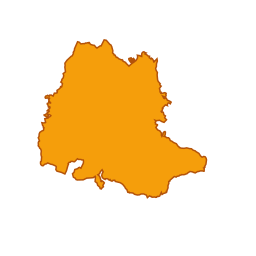 the district of Feldru, Bistrita-Nasaud, Romania, rotated 119°
{"feature_id": "2599482B57899759192665", "entity_name": "Feldru", "entity_type": "district", "adm_level": 2, "iso_a3": "ROU", "parent_name": "Romania", "parent_adm1": "Bistrita-Nasaud", "projection": "robinson", "projection_center": [24.581, 47.301], "detail": "fine", "context": "isolated", "style": "filled", "palette": "amber", "viewbox_px": 256, "rotation_deg": 119, "n_neighbors": 0, "source": "geoboundaries", "source_scale": "gbopen_adm2", "svg_char_len": 5903}
<svg xmlns="http://www.w3.org/2000/svg" viewBox="0 0 256 256"><g transform="rotate(119 128 128)"><path d="M180.0,201.8L182.2,199.1L182.5,199.1L183.1,199.6L184.5,199.3L186.0,198.3L187.1,197.9L187.7,196.3L188.4,195.6L188.8,194.1L190.1,192.7L193.0,191.5L194.5,190.3L195.0,189.6L198.5,188.0L199.3,187.8L199.9,188.1L201.2,187.5L202.2,186.6L202.5,185.7L202.6,184.8L202.0,183.8L201.1,183.7L199.7,183.0L199.0,182.1L197.5,181.3L197.1,177.8L196.6,176.6L196.3,172.9L196.6,172.0L199.4,170.9L200.2,169.2L199.1,164.8L198.8,160.9L195.2,161.1L189.9,162.4L188.5,162.5L188.2,163.1L186.7,162.9L185.9,161.9L185.0,161.8L184.1,160.4L183.7,158.7L183.2,158.3L179.4,157.3L179.5,156.1L178.3,153.8L178.4,153.2L177.7,151.6L178.3,151.0L180.4,150.0L186.0,149.7L185.9,151.3L186.8,152.1L187.8,152.2L190.1,154.4L193.0,153.7L194.9,154.4L197.5,151.9L197.5,149.8L198.3,148.4L198.0,147.1L195.0,142.0L191.9,139.8L188.3,134.3L186.1,133.3L186.4,132.8L190.8,130.8L191.2,128.3L192.8,126.8L193.5,123.9L194.5,123.0L194.3,121.8L192.7,121.6L191.3,121.0L190.4,122.1L187.5,122.1L187.0,123.2L186.8,125.1L187.8,125.4L187.7,125.9L187.3,125.9L184.5,128.8L184.0,129.5L183.5,131.7L181.8,130.7L179.7,131.0L177.1,130.4L178.4,128.5L180.3,128.5L182.4,127.9L183.8,126.4L184.2,124.5L184.0,123.1L183.4,123.3L182.4,121.6L182.3,118.9L181.8,118.6L182.1,118.1L182.5,118.5L182.3,116.4L181.8,115.8L181.1,115.8L180.1,114.3L180.9,113.2L179.6,108.3L179.8,105.4L181.1,102.2L182.1,100.8L182.4,99.2L184.3,97.0L183.6,95.9L184.1,95.4L183.3,94.2L182.5,92.2L182.8,90.1L182.1,87.4L180.9,85.6L179.4,84.6L178.1,82.4L177.8,79.3L179.5,77.3L176.9,76.3L176.9,74.7L176.6,74.3L176.9,73.9L176.7,73.1L175.4,71.2L175.3,70.3L174.7,69.4L174.2,69.5L173.3,68.8L173.0,67.9L172.0,67.3L168.2,67.6L169.6,66.0L167.9,65.1L166.2,63.4L165.1,63.1L164.8,63.8L164.2,63.5L160.9,64.0L159.1,65.1L156.7,65.4L155.1,66.4L154.0,65.7L153.8,66.0L152.9,65.8L148.0,64.0L147.6,62.1L146.5,61.7L145.2,60.1L144.3,59.9L143.3,58.7L142.7,58.5L142.2,57.2L141.1,55.7L140.2,55.2L139.8,54.6L139.3,54.2L138.6,54.1L136.0,52.7L135.0,50.1L135.2,49.4L134.8,48.4L134.8,47.5L132.2,45.9L131.8,45.1L130.5,44.0L129.4,42.0L129.2,41.0L128.8,40.5L126.3,41.8L126.2,42.4L125.5,42.0L125.0,42.2L124.8,41.8L124.0,42.3L121.9,42.3L117.8,43.9L116.6,45.0L115.8,46.4L116.1,47.9L117.6,49.0L117.3,50.9L115.8,53.7L115.7,57.1L115.4,58.0L115.8,60.2L115.4,62.5L116.2,64.2L116.9,67.0L118.6,69.1L119.8,71.6L120.2,73.5L119.9,73.6L119.7,75.3L118.3,78.1L118.6,81.1L118.3,83.0L118.5,84.9L117.2,86.6L116.9,87.9L117.7,89.4L117.5,91.2L117.8,92.3L116.9,92.0L115.3,92.4L113.4,93.3L113.2,94.0L113.9,94.6L115.2,94.9L117.0,94.2L118.9,94.3L118.2,95.3L116.3,96.2L115.1,98.7L115.3,101.2L114.0,103.9L111.2,103.6L110.8,103.9L111.2,104.7L110.9,105.6L111.1,105.9L110.3,106.3L110.0,106.9L108.7,106.8L108.1,107.9L108.0,107.0L105.9,104.0L106.0,101.6L105.6,99.2L102.1,98.3L101.3,100.9L99.3,101.1L99.1,103.0L97.2,104.7L97.2,105.8L97.8,106.0L97.8,106.4L97.3,107.1L96.4,106.6L95.8,106.6L95.3,106.9L94.0,106.9L93.9,107.6L89.7,106.5L89.3,104.4L88.8,105.0L86.7,105.0L86.1,104.1L86.4,102.8L84.5,102.8L84.3,103.3L84.4,106.0L84.7,106.9L83.4,109.0L83.4,109.7L84.5,110.2L84.6,111.1L83.3,113.1L83.0,110.7L82.4,110.2L80.7,110.6L80.4,111.2L79.2,111.4L79.2,112.9L81.5,115.4L81.7,115.9L81.0,116.0L80.6,116.5L80.9,117.5L79.8,118.1L78.1,119.7L75.3,119.3L75.2,120.3L74.3,121.5L73.7,121.3L72.6,124.2L71.6,125.4L67.4,128.3L65.2,129.2L63.9,131.4L62.6,132.6L61.9,132.9L60.6,132.9L58.1,134.2L55.2,134.8L53.4,136.2L57.7,137.3L57.5,137.8L56.7,137.8L56.5,138.8L55.7,140.1L55.6,141.4L56.5,141.4L56.2,141.9L56.2,143.5L54.8,143.9L55.3,145.5L54.9,146.7L55.0,149.1L53.6,148.5L53.8,150.2L53.6,151.0L54.4,151.8L55.8,152.1L57.1,151.7L58.8,150.7L59.2,152.2L58.9,152.5L59.8,155.1L60.4,154.5L62.3,153.6L65.1,153.7L65.9,154.1L64.8,155.9L64.6,156.7L65.5,156.4L66.0,155.5L66.1,154.2L67.3,154.7L66.2,156.6L66.5,156.8L67.5,156.1L67.6,154.9L67.9,154.9L68.9,155.5L68.8,156.1L67.7,157.4L66.0,157.1L65.4,157.9L65.7,158.2L66.7,157.9L67.3,158.1L67.0,158.7L65.5,158.7L65.1,159.3L66.8,160.9L67.3,160.8L68.2,159.7L69.1,157.8L69.6,155.8L73.4,157.2L72.2,161.4L71.8,161.8L72.0,164.8L71.3,165.4L71.1,166.3L71.6,166.8L71.9,169.6L71.4,171.6L71.9,172.4L70.5,174.8L70.8,175.6L70.2,176.2L69.8,177.9L67.8,178.7L64.7,181.7L63.6,183.4L63.7,184.4L61.8,189.5L62.5,191.6L69.2,191.3L69.6,192.1L73.1,193.9L72.9,194.3L73.0,195.2L72.0,197.4L72.6,199.0L73.0,201.2L72.7,202.2L72.0,203.3L72.3,203.8L72.8,203.8L72.9,204.5L74.2,205.9L74.3,206.4L75.4,207.0L75.9,208.1L77.3,210.0L76.6,212.2L77.0,213.9L84.7,213.2L86.1,212.5L88.3,212.6L88.4,212.3L89.5,211.9L90.9,211.8L92.2,211.9L92.7,212.4L98.3,214.2L101.9,214.6L104.0,213.2L105.3,212.8L109.2,209.9L111.9,211.1L113.2,209.7L115.4,209.0L117.5,209.4L118.5,208.9L120.4,209.0L120.5,208.1L121.0,206.8L123.9,206.0L124.3,206.0L124.5,207.0L125.6,206.7L127.6,207.3L129.4,208.3L130.1,208.1L130.3,207.5L131.6,207.1L132.6,208.1L133.2,209.3L136.4,209.0L136.4,211.2L137.4,212.6L138.4,212.4L138.5,214.3L139.1,214.4L139.7,215.3L141.1,215.5L141.7,215.1L141.9,214.4L140.7,213.0L140.6,212.2L140.9,212.0L140.9,211.6L140.0,211.6L140.0,211.4L140.1,211.0L141.4,211.1L141.4,210.9L142.3,210.5L143.1,209.2L143.4,209.0L143.5,208.8L143.2,208.8L143.4,208.0L143.7,207.9L143.8,208.6L143.7,209.9L144.4,209.5L145.6,210.5L146.2,210.3L146.5,209.4L148.3,207.7L148.2,207.3L147.6,207.2L147.3,206.8L147.8,206.2L148.9,206.0L149.5,206.4L150.2,206.3L150.5,206.8L151.1,206.5L151.7,206.8L151.6,206.3L151.3,206.1L151.2,205.4L151.5,205.0L153.0,205.5L153.4,206.3L154.5,205.2L155.0,206.1L156.1,206.8L156.6,206.9L157.2,207.7L157.7,207.3L157.6,206.2L157.8,205.0L157.4,204.9L157.5,204.1L156.2,203.7L155.8,203.8L155.3,204.5L154.9,204.3L154.5,203.2L154.4,201.8L154.6,201.4L156.2,201.9L156.9,202.6L158.1,202.8L160.2,205.3L162.4,203.4L162.8,202.8L163.3,202.8L164.5,204.2L165.1,205.9L167.2,203.9L167.4,203.1L168.8,202.1L168.6,201.6L171.1,200.8L172.2,201.8L174.5,203.0L176.3,202.8L178.6,201.7L180.0,201.8Z" fill="#f59e0b" stroke="#b45309" stroke-width="1.5"/></g></svg>